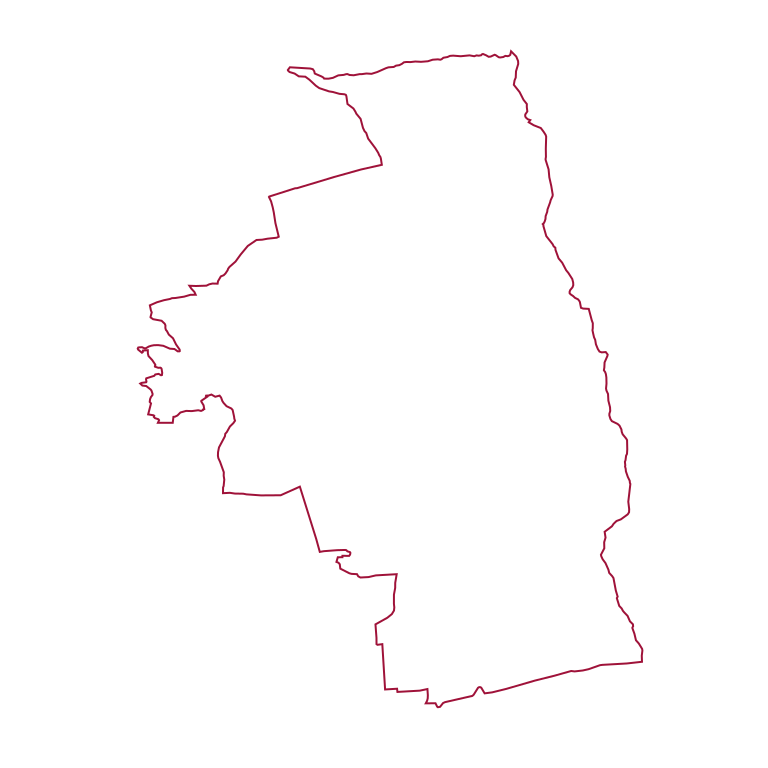 Corbita, Vrancea, Romania (Equal Earth projection), rotated 177°
{"feature_id": "2599482B59381680661249", "entity_name": "Corbita", "entity_type": "district", "adm_level": 2, "iso_a3": "ROU", "parent_name": "Romania", "parent_adm1": "Vrancea", "projection": "equal_earth", "projection_center": [27.314, 46.152], "detail": "fine", "context": "isolated", "style": "outline", "palette": "rose", "viewbox_px": 768, "rotation_deg": 177, "n_neighbors": 0, "source": "geoboundaries", "source_scale": "gbopen_adm2", "svg_char_len": 6131}
<svg xmlns="http://www.w3.org/2000/svg" viewBox="0 0 768 768"><g transform="rotate(177 384 384)"><path d="M239.7,709.6L240.7,706.1L241.8,705.3L243.3,704.9L245.7,705.3L247.8,704.3L250.9,704.0L252.3,704.3L255.3,706.6L256.3,707.0L260.3,705.4L262.4,705.3L264.8,706.9L267.9,708.4L268.9,708.1L269.8,707.2L272.2,706.9L274.4,707.3L276.7,706.6L281.4,707.7L290.3,707.3L297.8,708.3L301.0,708.2L303.5,707.2L307.6,706.7L309.5,705.3L310.8,704.9L313.2,705.4L318.4,705.3L323.3,704.0L330.1,703.8L335.9,704.4L340.6,704.1L344.9,704.4L347.3,704.2L349.3,702.8L352.0,701.6L355.3,701.3L357.7,700.1L363.0,700.0L365.5,699.3L374.4,695.9L380.2,694.4L385.3,695.0L390.0,694.6L392.2,694.7L398.1,693.9L402.2,694.4L404.3,695.4L405.5,695.4L408.1,694.8L413.5,694.6L419.0,692.4L423.4,691.8L427.8,692.1L428.5,693.2L430.3,694.4L436.0,697.2L436.9,697.7L437.3,700.0L438.6,702.1L441.1,702.9L461.4,705.2L463.6,702.6L463.5,702.1L462.0,700.5L457.0,698.7L453.0,695.7L446.5,695.0L442.7,691.9L436.5,685.5L433.2,682.9L423.6,679.1L419.8,678.3L413.3,676.1L408.4,675.4L407.0,674.8L406.5,673.4L405.8,665.5L400.1,660.7L398.3,657.4L397.5,655.4L393.5,650.0L391.6,640.9L390.2,637.5L388.6,635.6L387.0,629.9L380.3,619.9L377.7,615.2L376.8,612.7L375.7,610.9L375.3,609.1L374.7,603.0L395.8,599.4L423.1,593.3L460.6,584.1L462.5,584.1L488.8,577.2L489.1,576.8L487.2,572.3L485.9,566.3L485.1,561.2L484.0,550.3L481.4,536.6L483.5,535.7L492.7,535.2L498.1,534.5L503.8,534.5L512.8,529.0L520.3,520.9L525.9,514.0L532.2,509.0L533.6,507.3L534.2,505.8L536.5,502.7L538.4,501.0L541.3,500.0L544.4,495.3L544.9,492.9L550.0,493.3L553.3,492.7L556.2,491.5L566.7,491.7L573.2,492.3L571.4,489.3L568.5,485.8L567.4,483.0L572.6,483.2L579.0,481.7L587.8,480.8L591.3,480.8L593.3,480.1L599.4,479.2L606.5,477.5L613.7,474.8L612.9,469.6L612.2,467.7L613.7,463.0L613.6,462.7L611.2,460.8L602.8,458.8L599.8,455.6L599.2,454.0L599.4,451.4L599.0,449.5L598.0,448.2L596.3,444.6L592.3,440.7L589.6,434.4L586.3,429.1L586.2,427.6L586.6,427.3L588.3,427.4L591.4,429.9L596.0,430.5L602.4,433.7L607.2,434.6L611.5,434.8L614.4,434.4L617.0,433.7L619.9,432.2L621.4,432.2L623.7,433.4L626.6,433.4L627.5,433.3L628.1,432.2L627.7,431.2L624.1,427.9L623.2,428.5L623.0,430.0L618.1,430.1L618.2,426.7L617.7,424.2L614.2,420.0L611.4,415.3L611.3,414.9L611.9,413.8L611.8,413.3L608.6,412.0L606.5,412.0L605.7,411.5L605.3,410.7L604.9,406.7L605.3,404.6L606.2,404.4L608.5,405.9L611.9,405.5L613.0,404.2L621.1,402.1L621.4,401.2L621.1,398.7L621.4,398.2L626.0,397.8L627.4,397.2L625.4,395.1L621.5,394.4L617.3,390.7L616.6,389.7L615.6,386.2L615.8,385.1L617.5,383.1L618.4,381.1L618.9,378.4L617.7,376.8L621.1,366.0L615.7,364.8L615.1,364.2L615.6,363.2L614.5,361.9L611.1,360.6L610.5,359.6L611.8,357.1L597.0,356.3L596.0,362.2L594.4,362.3L591.9,363.4L588.8,366.2L583.0,367.5L577.4,367.0L570.9,367.5L568.1,366.7L566.2,367.4L566.1,368.0L564.8,368.3L565.3,372.2L567.4,376.1L567.3,376.8L561.1,380.6L561.5,381.2L562.4,381.4L562.3,381.7L559.7,381.7L556.9,382.5L553.2,380.1L548.8,381.0L547.4,379.0L546.3,375.4L545.2,373.5L542.4,370.1L537.7,367.5L536.5,365.9L535.4,359.1L535.3,357.3L534.7,355.1L536.5,352.8L540.1,349.6L543.5,344.2L545.1,342.6L545.6,340.1L552.1,329.3L553.3,324.6L553.6,321.0L553.3,318.6L551.8,314.9L548.6,304.3L548.9,300.7L548.5,296.9L549.5,290.4L550.1,289.2L550.5,283.4L543.6,283.4L538.7,282.4L530.3,281.8L527.2,281.0L512.7,279.2L493.0,278.3L473.4,285.9L459.8,232.8L456.9,219.7L452.8,220.2L439.5,220.5L431.5,220.3L430.3,220.0L429.3,218.8L426.8,217.9L426.4,217.1L426.8,215.4L427.8,214.2L434.5,214.6L434.6,213.2L439.2,213.4L440.8,208.8L438.8,207.9L437.6,206.3L437.3,201.9L428.5,196.8L426.4,196.1L420.9,195.5L419.8,193.3L417.7,192.0L409.5,192.0L402.2,193.3L381.3,193.4L383.2,184.8L383.5,179.8L385.1,173.1L385.6,163.9L385.4,160.4L385.9,157.2L388.2,153.8L392.9,150.4L405.1,144.4L404.8,130.9L405.1,124.6L404.2,123.9L399.3,124.3L398.9,78.9L386.9,79.0L386.7,75.8L364.3,75.9L356.6,77.1L356.5,70.9L356.8,67.8L357.5,65.5L359.0,62.9L349.3,62.5L347.8,59.0L347.1,58.4L344.9,58.7L341.7,62.3L339.7,63.1L312.1,67.9L310.7,69.0L306.0,75.7L305.1,76.2L304.0,76.3L302.8,75.7L299.7,69.8L292.1,70.4L278.0,73.1L248.9,79.9L228.9,83.8L212.1,87.6L208.7,87.0L200.5,87.5L194.6,88.5L183.0,91.9L180.6,92.1L156.2,92.2L140.9,93.1L140.8,99.2L139.9,104.3L140.1,106.0L143.1,111.5L145.8,114.9L147.0,121.5L148.7,127.1L148.7,127.8L147.9,129.0L148.0,131.0L150.8,134.1L152.9,139.7L156.1,143.4L157.3,145.0L158.4,147.4L160.7,150.1L162.7,158.0L161.8,159.4L163.3,165.6L165.0,178.2L166.2,180.2L169.0,183.6L169.6,186.8L172.2,193.6L174.8,197.5L176.0,200.5L176.3,202.1L172.6,208.4L172.4,214.5L170.8,219.0L171.4,224.9L163.8,230.0L162.0,232.4L159.0,235.0L154.6,236.4L147.4,241.1L146.0,243.1L145.7,246.2L146.2,253.7L143.2,271.3L143.6,272.3L143.7,274.5L145.4,278.5L147.0,284.1L147.1,286.7L147.6,289.0L147.3,290.1L147.5,293.7L146.8,295.3L146.0,299.7L145.0,301.5L144.5,305.9L144.2,315.2L145.0,316.8L148.3,321.3L149.1,323.8L149.3,326.2L151.0,330.1L152.8,331.9L158.4,335.0L159.7,337.2L160.6,340.8L160.5,342.5L159.5,345.2L159.5,349.0L160.8,355.6L160.8,362.3L162.2,365.8L162.5,367.9L161.8,372.7L161.6,378.9L161.9,382.2L162.5,384.3L163.7,386.2L163.1,388.9L162.6,394.0L159.4,400.4L159.1,401.7L160.9,404.3L165.0,404.2L167.1,405.1L168.6,407.7L170.3,412.6L170.8,417.1L171.8,419.6L172.5,423.5L173.0,426.8L172.6,428.8L172.3,433.8L173.2,436.8L175.6,448.3L181.2,448.9L183.3,449.8L184.1,455.6L184.6,456.7L185.8,458.4L188.7,460.0L190.5,461.9L193.0,463.8L193.9,465.0L193.8,466.5L193.1,468.1L190.7,470.7L189.8,472.8L189.8,475.5L190.5,479.0L194.1,485.3L196.1,488.0L199.7,495.8L203.1,500.3L205.7,508.9L205.8,511.2L207.3,512.5L208.3,514.8L214.2,523.2L216.5,533.2L216.5,534.6L217.1,535.4L215.8,536.5L214.9,538.2L214.1,540.4L213.8,543.2L212.0,547.4L211.6,549.7L208.6,556.7L208.0,558.7L205.8,562.9L205.6,564.3L206.6,573.0L208.1,581.8L208.4,589.7L210.8,599.1L210.9,600.1L210.4,602.3L210.1,610.4L209.1,622.6L209.6,624.4L211.5,627.7L214.0,631.4L221.0,634.6L225.8,637.8L224.1,639.9L226.6,640.9L228.5,642.8L228.8,643.6L229.0,644.3L228.8,645.8L226.6,648.7L226.9,653.1L226.7,656.1L229.8,660.5L233.3,668.4L238.7,676.0L237.7,680.4L236.4,683.1L235.8,689.4L233.2,696.6L233.2,699.5L234.8,704.1L239.7,709.6Z" fill="none" stroke="#9f1239" stroke-width="2"/></g></svg>